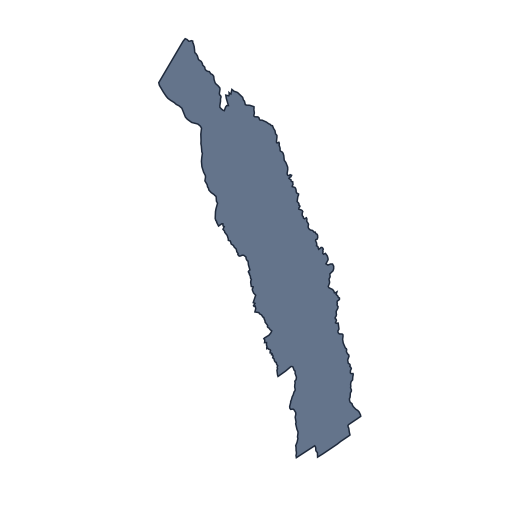 Gatundu North, Central, Kenya, rotated 30°
{"feature_id": "3690345B74397299237573", "entity_name": "Gatundu North", "entity_type": "district", "adm_level": 2, "iso_a3": "KEN", "parent_name": "Kenya", "parent_adm1": "Central", "projection": "equal_earth", "projection_center": [36.831, -0.916], "detail": "fine", "context": "isolated", "style": "filled", "palette": "slate", "viewbox_px": 512, "rotation_deg": 30, "n_neighbors": 0, "source": "geoboundaries", "source_scale": "gbopen_adm2", "svg_char_len": 6155}
<svg xmlns="http://www.w3.org/2000/svg" viewBox="0 0 512 512"><g transform="rotate(30 256 256)"><path d="M179.6,127.7L175.2,128.6L172.4,130.1L171.0,130.2L168.6,127.7L167.0,127.1L165.1,125.3L158.6,123.7L157.5,123.7L154.7,124.3L151.8,123.8L153.3,128.3L152.2,128.3L151.0,128.0L152.1,129.6L152.3,130.9L149.4,131.8L151.6,134.5L156.9,139.5L155.4,140.4L155.2,142.3L155.9,146.0L154.4,146.3L152.0,145.8L150.4,145.3L149.4,143.7L148.0,139.9L146.7,137.6L146.2,135.7L145.1,134.8L143.9,134.6L143.0,133.6L141.5,129.7L140.6,128.5L138.2,127.6L134.9,126.9L133.8,126.3L131.5,124.2L129.5,121.5L127.6,120.7L125.7,120.8L123.3,119.6L122.1,120.2L120.4,120.3L119.2,120.0L118.2,119.4L117.2,118.1L114.3,117.3L113.3,116.1L111.3,114.9L108.4,114.7L107.7,114.4L105.1,111.9L102.7,110.7L101.4,110.5L100.7,109.7L99.8,108.3L97.7,105.5L95.4,103.3L94.6,102.9L93.7,101.5L92.4,101.8L91.3,103.0L90.4,103.6L88.0,103.0L86.0,103.2L85.5,106.4L85.1,154.5L87.0,156.5L93.9,160.4L98.4,162.6L100.9,163.5L104.4,163.9L108.5,164.0L111.1,164.6L114.3,164.4L117.9,165.1L125.4,171.0L128.1,171.9L133.5,172.5L139.6,170.8L142.7,171.3L144.9,172.5L147.3,178.1L150.5,183.2L152.2,186.4L153.7,188.1L157.0,192.9L158.2,193.8L159.7,197.6L161.4,201.3L164.5,205.7L168.6,209.5L172.0,211.7L172.9,213.1L174.2,216.5L178.1,218.7L179.5,220.4L180.7,220.9L182.3,222.5L185.5,223.5L189.2,223.8L190.0,224.2L191.1,224.2L192.0,224.8L194.3,228.3L196.3,229.5L197.8,235.3L198.7,237.8L201.9,243.9L203.5,245.4L204.5,245.7L205.1,246.5L208.6,248.8L210.3,245.1L211.3,244.7L211.9,245.8L212.7,246.5L213.8,246.4L214.0,249.4L216.2,250.1L217.1,251.1L220.8,252.6L223.5,255.1L224.1,256.2L225.0,256.2L225.9,255.8L226.9,256.4L228.5,258.0L231.2,258.2L232.9,259.3L235.0,259.7L236.2,260.7L237.2,261.9L239.2,262.8L239.6,263.9L241.5,264.5L242.7,263.6L243.3,262.6L244.0,262.0L245.1,261.5L247.8,261.9L248.9,263.4L250.6,264.4L251.5,264.4L252.4,265.4L253.8,267.4L257.7,271.1L257.3,272.2L257.2,273.4L258.1,274.2L258.9,274.2L259.4,275.2L261.1,276.2L262.5,278.1L263.7,278.6L263.9,279.9L264.5,281.4L267.2,284.8L268.9,284.1L269.3,285.0L269.3,286.5L270.1,287.5L272.5,289.3L275.3,290.1L276.9,297.8L278.8,297.5L278.7,300.3L279.6,300.6L280.4,299.8L282.1,301.7L283.0,305.0L286.8,303.6L288.0,304.3L290.2,304.2L292.4,305.4L293.5,305.3L294.3,306.2L296.3,307.7L296.9,308.7L300.8,310.3L301.3,311.6L302.2,311.9L303.2,311.9L305.0,312.7L307.1,313.0L307.3,315.3L306.8,318.2L304.4,322.6L304.1,323.7L305.4,324.2L306.2,325.4L306.7,326.8L308.4,325.7L309.6,327.9L310.7,328.8L311.1,330.0L311.7,330.9L312.4,330.0L313.8,330.4L314.9,330.1L315.8,330.4L316.1,331.9L316.7,332.9L317.9,332.4L318.8,332.6L318.8,333.7L319.9,333.5L320.9,334.2L321.3,335.8L322.9,336.0L324.4,337.5L325.8,338.2L326.8,338.0L327.6,339.1L328.7,339.8L329.5,340.0L330.2,342.2L331.1,342.9L331.2,344.4L334.1,348.2L335.3,349.3L339.2,340.8L341.5,334.3L342.5,333.7L343.4,333.6L346.2,335.9L347.3,336.1L348.1,337.1L348.5,338.1L351.6,340.7L352.6,343.1L352.2,344.4L352.5,345.5L353.4,346.3L353.8,347.7L354.9,350.0L356.6,351.9L357.1,353.1L356.9,354.6L357.7,358.0L357.7,359.7L358.6,363.1L358.7,364.5L359.3,365.6L360.4,369.5L361.3,370.8L362.7,371.5L364.6,370.1L365.6,370.1L368.5,371.6L369.6,373.1L370.5,376.0L373.8,379.9L374.2,381.4L378.1,385.6L380.1,387.1L380.9,388.3L382.4,392.0L383.5,393.0L384.7,396.8L385.2,400.4L386.2,401.5L388.1,404.6L388.9,405.4L389.8,406.9L390.4,408.8L391.8,410.5L401.7,391.0L402.7,391.4L403.8,392.5L404.7,394.1L405.6,394.9L407.5,395.6L409.9,399.4L413.0,393.6L420.4,378.4L422.0,374.3L426.3,365.5L426.9,364.0L424.9,361.9L422.3,358.6L421.3,358.0L420.4,356.9L420.5,355.7L426.9,342.5L426.0,341.4L423.2,339.5L421.3,338.9L418.9,338.8L415.6,337.8L414.1,337.0L413.0,335.9L410.7,335.6L409.3,334.4L408.3,333.0L408.1,331.3L406.2,327.4L406.2,325.5L405.6,324.3L403.8,322.9L403.2,321.3L402.2,320.0L401.5,318.4L401.2,317.1L401.6,315.0L400.3,312.4L399.5,310.1L398.8,309.3L397.2,310.3L396.1,310.0L395.0,307.8L394.9,305.9L393.8,305.0L392.5,304.8L392.1,303.4L391.2,302.8L389.6,302.8L387.4,300.3L386.7,296.4L385.8,295.3L384.3,295.0L382.7,294.1L381.9,293.3L381.4,291.8L380.6,291.1L379.4,291.0L375.1,287.8L372.7,284.9L371.4,281.8L370.5,280.6L369.6,280.5L367.1,281.8L365.9,281.5L365.2,281.1L364.4,280.0L364.4,277.8L360.7,273.0L359.2,274.1L358.2,274.1L357.9,271.6L357.0,270.7L356.0,270.7L355.3,269.7L355.4,268.0L355.0,266.5L354.3,265.7L353.1,263.8L353.0,260.4L352.4,258.8L351.2,258.3L350.5,257.5L350.2,256.5L349.4,255.7L348.9,254.3L349.7,253.0L349.9,251.6L349.2,250.6L348.0,250.7L346.9,249.8L344.6,249.2L344.0,246.6L343.2,248.0L342.3,248.7L341.2,247.6L339.1,246.7L335.0,247.0L333.8,246.3L333.2,242.8L332.8,241.8L330.8,239.5L330.6,237.0L328.9,234.6L330.1,230.4L329.7,228.3L328.4,226.0L326.3,224.7L324.5,225.7L322.8,227.9L320.5,227.8L320.3,223.2L319.5,222.0L317.7,220.3L314.8,219.0L313.6,220.7L312.4,220.3L311.9,218.7L311.1,217.9L310.9,216.5L310.1,215.9L309.0,215.6L308.1,216.0L307.6,217.5L306.9,218.9L306.1,218.2L305.3,217.2L304.3,216.8L303.3,216.9L302.8,215.5L301.8,214.3L300.0,213.1L299.6,211.9L300.6,210.7L300.2,209.1L299.0,207.3L298.0,206.6L296.7,206.7L295.3,205.7L294.5,206.3L292.2,205.6L290.1,206.3L288.0,205.9L287.1,205.3L286.3,204.2L285.7,202.4L285.0,201.8L282.6,200.6L281.6,198.5L280.5,197.7L279.4,199.5L278.1,199.4L277.2,198.3L276.0,198.0L275.0,196.6L274.5,195.3L274.3,194.1L273.3,193.6L272.3,193.5L269.6,194.0L269.1,192.8L269.3,191.2L268.6,190.5L267.7,190.5L267.2,189.4L266.2,188.8L264.4,188.3L262.5,183.6L262.4,182.2L261.9,181.0L259.7,181.1L258.7,180.3L257.7,178.8L256.4,177.6L255.4,177.2L252.7,177.8L252.3,176.7L252.3,175.6L250.6,173.3L249.8,173.7L248.9,173.5L248.2,172.5L245.8,172.4L245.7,171.2L246.6,170.1L246.5,168.3L244.9,168.5L244.4,169.8L243.2,170.3L242.4,169.8L241.7,169.0L240.3,165.3L239.0,163.2L235.1,160.1L232.6,159.0L229.9,155.2L228.1,153.5L226.9,152.9L224.6,152.9L223.8,152.1L223.1,150.8L222.3,149.9L220.8,148.7L219.8,146.7L218.9,146.1L218.1,147.3L217.2,147.6L216.5,146.7L214.7,142.6L213.8,141.1L211.8,140.4L209.8,138.0L207.5,136.8L205.1,134.9L203.9,135.4L202.6,134.9L200.8,135.1L198.0,134.8L193.3,135.3L191.9,136.2L191.0,136.2L189.4,134.8L188.1,134.6L185.4,136.0L184.1,135.8L183.6,134.9L183.4,133.7L182.9,132.7L180.9,130.2L180.3,128.8L179.6,127.7Z" fill="#64748b" stroke="#1e293b" stroke-width="1.5"/></g></svg>